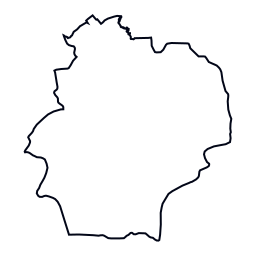 Buon Ho, Đắk Lắk, Vietnam
{"feature_id": "81297802B72254139131894", "entity_name": "Buon Ho", "entity_type": "district", "adm_level": 2, "iso_a3": "VNM", "parent_name": "Vietnam", "parent_adm1": "Đắk Lắk", "projection": "mercator", "projection_center": [108.269, 12.851], "detail": "fine", "context": "isolated", "style": "outline", "palette": "ink", "viewbox_px": 256, "rotation_deg": 0, "n_neighbors": 0, "source": "geoboundaries", "source_scale": "gbopen_adm2", "svg_char_len": 4685}
<svg xmlns="http://www.w3.org/2000/svg" viewBox="0 0 256 256"><path d="M151.1,37.6L148.4,37.9L143.7,38.0L134.6,38.2L134.4,38.5L134.2,38.8L133.7,39.2L133.5,39.3L133.3,39.2L133.2,39.1L130.9,39.0L130.8,38.9L130.7,38.7L130.7,38.2L130.8,37.9L130.8,37.3L130.8,36.9L130.7,36.6L130.3,35.9L130.0,35.4L129.8,35.0L129.7,34.8L129.7,34.4L129.7,34.1L129.8,33.8L130.0,33.5L130.0,33.3L130.0,33.2L129.9,33.2L129.7,33.2L129.7,33.3L129.3,33.7L129.2,34.0L129.0,34.3L128.8,34.5L128.7,34.5L128.5,34.4L128.4,34.2L128.3,33.8L128.3,33.6L128.3,33.0L128.3,32.8L128.3,32.7L128.2,32.6L127.9,32.3L127.7,32.1L127.2,32.0L127.0,31.9L126.8,31.7L126.7,31.6L126.6,31.4L126.6,31.2L126.8,31.0L127.0,30.9L127.1,31.0L127.4,31.0L127.5,31.1L127.8,31.1L128.1,31.0L128.2,30.9L128.4,30.7L128.5,30.6L128.5,30.0L128.6,29.7L128.6,29.4L128.7,29.0L128.7,28.9L128.4,28.8L128.1,28.9L128.0,29.0L127.9,29.2L127.7,29.3L127.4,29.2L127.3,28.9L127.3,28.1L127.3,27.8L127.2,27.7L126.9,27.5L126.7,27.5L126.4,27.7L126.3,28.0L126.1,28.4L126.1,28.5L125.9,28.7L125.9,28.8L125.6,28.7L125.4,28.6L125.2,28.5L124.8,28.5L124.7,28.5L124.3,28.5L124.2,28.5L124.0,28.4L124.0,28.1L124.0,27.9L124.0,27.7L123.9,27.6L123.6,27.6L123.2,27.8L122.9,27.8L122.8,27.7L122.7,27.7L122.6,27.4L122.6,27.1L122.4,27.1L122.2,27.1L121.9,27.2L121.3,27.2L121.2,27.2L120.9,27.0L120.8,26.9L120.7,26.7L120.7,26.2L120.7,25.9L120.5,25.7L120.4,25.6L120.2,25.3L120.1,25.2L119.9,24.8L119.7,24.4L119.5,24.1L119.1,23.8L118.6,23.2L118.4,22.8L118.4,22.6L118.4,22.4L118.5,22.3L118.5,22.1L118.7,21.9L118.9,21.8L119.0,21.7L119.2,21.8L119.3,21.7L119.5,21.5L119.5,21.4L119.5,21.0L119.5,20.9L119.6,20.7L119.8,20.5L119.9,20.3L119.9,20.1L119.7,19.9L119.4,20.0L119.2,20.1L118.9,20.1L118.9,19.9L118.8,19.7L118.9,19.3L119.1,18.8L119.3,18.4L119.4,18.2L119.5,18.1L119.8,18.2L119.9,18.3L120.0,18.5L120.1,18.8L120.3,18.8L120.5,18.8L120.6,18.7L120.5,18.4L120.4,18.3L120.2,18.1L120.0,17.9L120.0,17.7L120.0,17.3L120.0,17.2L120.4,17.1L120.6,17.2L120.7,17.3L120.9,17.3L121.0,17.4L121.3,17.2L121.3,16.7L121.3,16.4L121.2,16.2L117.1,15.9L114.1,16.6L107.9,18.6L104.5,20.5L103.8,21.4L102.5,22.7L101.0,23.8L97.3,19.3L96.3,19.7L95.7,19.1L92.6,15.4L87.9,19.0L86.2,20.6L87.7,23.0L86.4,22.4L85.3,23.1L83.4,24.2L82.4,24.8L81.1,25.6L80.1,26.1L79.2,27.1L77.2,29.3L76.0,30.2L73.7,31.8L73.6,32.1L73.1,33.1L72.9,33.5L72.5,34.3L72.4,34.6L72.2,35.0L72.1,35.3L71.9,35.5L71.7,35.7L71.3,35.9L71.1,36.0L70.8,36.5L70.4,37.1L70.2,37.3L69.8,37.5L69.5,37.6L69.2,37.6L68.8,37.7L68.7,37.7L68.5,37.8L68.2,37.9L68.0,38.0L67.9,38.1L67.7,38.0L67.5,37.7L67.4,37.5L67.2,37.1L66.3,36.7L65.1,36.5L64.9,36.4L64.7,36.3L64.4,35.9L64.1,35.6L63.9,35.5L63.7,35.4L63.9,36.1L65.3,39.9L67.1,43.6L68.9,45.1L71.7,46.0L73.7,46.3L74.5,47.3L74.9,48.1L74.9,49.4L74.2,52.5L74.4,54.0L75.2,55.6L76.6,56.9L73.1,60.7L70.6,65.3L68.7,68.1L67.6,68.6L61.3,69.0L56.3,69.7L54.4,70.6L55.1,72.5L56.7,82.5L57.5,86.9L57.3,88.7L56.6,89.7L54.6,91.2L54.2,92.1L54.1,92.9L55.3,95.1L57.3,97.3L57.9,98.5L58.0,101.6L58.3,102.5L59.4,103.5L61.7,105.1L62.7,105.9L63.3,107.1L63.3,109.3L60.8,109.4L53.6,111.5L48.1,114.4L44.0,117.9L36.8,124.6L33.8,128.9L33.0,131.2L31.8,132.9L28.8,136.1L28.2,137.3L29.6,140.1L30.1,141.1L30.0,142.5L28.8,145.5L25.3,150.3L24.7,151.6L25.0,152.3L26.6,152.1L28.0,152.3L29.5,152.9L33.2,155.5L34.1,155.8L36.9,157.2L40.9,157.5L43.0,158.3L44.9,159.5L46.6,163.7L47.5,167.8L46.2,173.1L44.4,177.7L42.7,180.8L40.4,184.7L39.1,188.1L37.2,190.9L36.8,193.4L38.2,195.8L39.6,196.8L42.1,196.9L44.2,196.0L46.0,195.7L48.8,196.4L53.0,197.9L55.2,199.1L57.7,201.8L60.1,206.2L64.7,221.0L69.0,234.7L78.8,234.5L93.3,235.2L98.6,235.7L100.6,235.3L102.7,235.2L104.2,235.7L108.2,238.1L111.1,238.4L119.4,238.4L123.9,238.2L125.5,236.9L126.6,235.8L128.5,234.9L130.5,233.0L131.4,232.8L132.2,232.9L133.7,234.2L135.6,234.3L138.8,233.1L144.0,233.3L145.5,233.4L146.7,234.4L149.3,236.7L150.7,237.4L152.9,237.8L154.9,239.5L156.7,240.5L158.5,240.6L159.3,240.0L160.1,234.7L160.8,224.6L160.7,212.8L161.7,207.3L162.6,203.7L165.1,199.5L168.5,193.9L172.4,191.1L182.5,185.6L189.1,182.9L190.5,182.2L192.0,181.8L196.1,179.4L198.2,177.4L198.9,175.9L199.4,171.6L200.1,170.3L206.8,167.4L208.7,166.1L209.2,164.8L209.1,163.7L207.0,162.0L205.0,158.1L204.0,154.3L204.7,151.5L207.6,149.0L213.9,146.4L220.7,145.1L225.7,144.2L230.0,142.1L230.6,138.2L230.1,134.0L230.8,132.2L230.3,128.7L230.5,123.6L231.3,118.8L229.9,115.4L228.3,109.6L227.7,101.3L228.2,97.2L228.3,95.4L228.1,94.1L225.5,91.0L222.6,80.7L221.4,72.2L220.2,69.3L218.9,67.6L216.7,65.5L208.8,62.0L206.3,58.1L205.1,56.6L203.8,56.4L198.6,56.4L190.3,48.3L189.5,45.5L188.6,43.7L187.5,43.4L171.5,43.0L167.2,43.7L166.0,44.8L163.3,49.7L160.7,52.2L156.7,52.4L155.0,52.1L153.7,49.8L151.7,45.8L151.5,40.4L151.1,37.6Z" fill="none" stroke="#020617" stroke-width="2"/></svg>